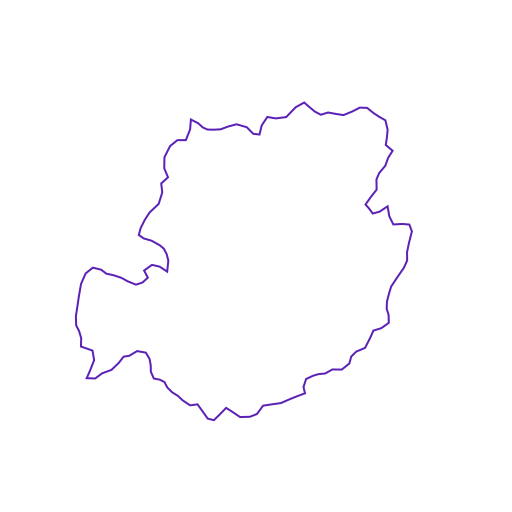 outline of Sem-Peixe, Minas Gerais, Brazil, rotated 204°
{"feature_id": "56859067B34440894750184", "entity_name": "Sem-Peixe", "entity_type": "district", "adm_level": 2, "iso_a3": "BRA", "parent_name": "Brazil", "parent_adm1": "Minas Gerais", "projection": "equal_earth", "projection_center": [-42.82, -20.083], "detail": "fine", "context": "isolated", "style": "outline", "palette": "violet", "viewbox_px": 512, "rotation_deg": 204, "n_neighbors": 0, "source": "geoboundaries", "source_scale": "gbopen_adm2", "svg_char_len": 2022}
<svg xmlns="http://www.w3.org/2000/svg" viewBox="0 0 512 512"><g transform="rotate(204 256 256)"><path d="M174.0,407.7L182.6,410.2L184.4,416.8L187.1,424.9L193.0,432.6L200.3,433.3L207.2,434.5L214.7,436.5L221.5,433.8L226.7,427.3L233.4,420.3L240.0,418.5L248.5,416.4L254.3,411.4L261.2,411.9L268.9,414.1L274.4,415.8L280.3,408.0L284.9,395.2L293.8,389.8L302.2,387.6L303.9,377.6L302.2,368.4L308.2,366.5L316.8,369.9L327.4,368.4L334.5,362.6L339.9,357.3L346.0,354.2L351.7,351.8L356.9,351.8L362.6,353.7L371.0,354.2L367.7,344.9L367.2,333.3L374.9,329.9L379.2,321.5L379.8,309.0L375.5,298.8L368.4,292.1L372.1,283.7L367.5,276.0L366.1,264.0L370.9,252.5L372.3,243.7L372.7,234.5L371.6,227.5L365.7,226.4L357.5,227.5L348.5,226.7L343.2,225.2L338.5,221.5L334.2,216.1L330.8,205.6L339.7,207.1L347.4,205.6L352.3,197.2L346.0,192.2L348.9,185.6L354.0,181.0L363.2,180.7L370.1,181.3L378.1,180.5L385.6,179.0L391.9,180.5L400.3,179.0L404.5,170.9L404.5,159.4L401.4,147.1L398.8,137.8L396.1,127.9L392.1,119.5L387.0,115.4L382.2,109.7L379.1,102.1L366.9,103.1L361.5,95.0L361.0,83.6L361.0,75.5L353.1,78.7L348.9,86.2L341.7,93.2L337.9,102.5L336.0,110.2L331.3,113.2L325.9,120.8L317.3,122.9L311.3,118.6L307.7,113.3L305.0,107.5L299.5,102.5L293.6,103.9L288.3,103.6L283.5,99.8L277.2,97.4L270.3,96.4L264.3,94.3L255.4,92.8L249.1,96.7L241.9,92.5L233.9,87.8L227.7,88.9L224.7,96.4L221.5,105.1L213.6,103.9L205.0,102.4L196.1,106.7L190.9,112.0L188.6,122.2L182.0,126.4L173.4,131.8L167.1,138.7L161.6,144.4L155.4,150.5L159.3,155.6L160.2,164.0L155.1,169.9L150.7,173.6L145.0,176.8L140.1,183.4L131.5,187.1L127.0,195.7L128.1,202.9L125.5,209.5L119.0,216.4L118.4,227.6L118.4,235.6L112.1,241.1L107.5,249.0L110.9,256.1L115.2,261.0L117.9,267.9L119.2,275.6L120.1,283.2L118.1,294.9L116.1,305.3L116.1,313.4L119.6,321.0L121.6,330.3L123.6,341.9L128.7,347.1L135.1,344.9L143.4,340.7L150.3,346.4L156.0,354.9L161.1,346.8L166.6,342.3L171.9,345.3L176.9,347.6L175.2,356.1L172.8,365.7L177.1,374.9L177.2,381.9L174.6,391.0L175.2,399.6L174.0,407.7Z" fill="none" stroke="#5b21b6" stroke-width="2"/></g></svg>